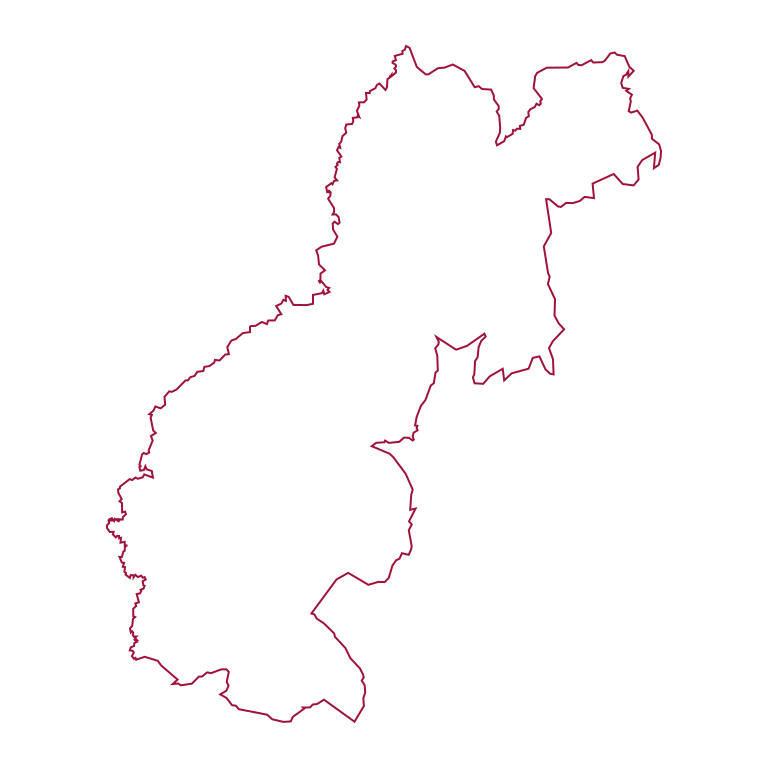 Birim North, Eastern, Ghana (Robinson projection)
{"feature_id": "2480657B81401264659986", "entity_name": "Birim North", "entity_type": "district", "adm_level": 2, "iso_a3": "GHA", "parent_name": "Ghana", "parent_adm1": "Eastern", "projection": "robinson", "projection_center": [-0.982, 6.368], "detail": "fine", "context": "isolated", "style": "outline", "palette": "rose", "viewbox_px": 768, "rotation_deg": 0, "n_neighbors": 0, "source": "geoboundaries", "source_scale": "gbopen_adm2", "svg_char_len": 6056}
<svg xmlns="http://www.w3.org/2000/svg" viewBox="0 0 768 768"><path d="M136.1,659.7L144.7,656.8L157.8,660.8L161.2,665.5L177.6,679.6L172.7,684.0L178.1,683.5L180.7,685.3L191.8,683.7L198.9,676.6L201.9,676.6L207.1,672.4L211.2,673.1L221.4,669.3L226.4,669.3L228.8,671.9L226.7,681.9L228.6,685.5L226.3,690.8L220.2,694.4L226.6,698.0L232.0,705.2L235.9,705.7L238.8,709.2L267.1,714.7L272.3,719.3L283.5,721.9L290.8,721.4L292.8,716.9L304.2,708.6L303.0,707.5L310.1,707.4L312.8,704.5L316.9,704.1L324.0,699.7L354.5,721.7L363.9,706.0L363.3,698.3L365.2,692.6L364.7,685.3L361.7,680.6L363.8,677.3L363.0,674.4L359.9,668.4L350.3,658.1L345.4,648.0L335.0,636.9L334.2,633.4L323.6,623.1L316.8,618.7L314.4,614.4L311.4,613.5L336.6,579.4L348.2,572.9L368.4,584.8L378.3,581.9L384.7,582.1L388.8,577.8L392.5,565.4L396.2,560.2L399.5,558.7L401.9,553.2L408.7,554.8L411.0,549.6L411.7,546.3L408.8,530.2L411.8,524.4L409.0,521.4L415.6,508.5L410.2,509.8L411.2,495.1L412.7,489.6L405.7,473.8L393.3,457.2L389.6,453.7L371.7,446.2L376.1,442.8L384.4,442.3L385.1,440.6L389.0,442.9L399.3,441.8L404.0,437.6L408.9,437.8L412.6,440.5L413.8,439.6L412.7,436.5L413.6,432.7L417.6,430.2L416.6,428.2L417.4,425.8L415.1,425.5L416.6,417.1L420.9,405.9L425.5,399.9L430.8,385.5L433.8,383.2L435.5,372.6L437.8,370.5L437.3,355.7L435.2,348.3L438.3,344.6L438.8,341.8L436.4,336.9L456.1,349.7L467.0,345.9L484.4,333.7L485.6,336.7L481.2,341.0L478.6,347.3L477.6,357.2L475.1,361.1L474.3,374.4L472.9,377.4L474.6,383.3L483.2,383.8L489.8,376.3L502.7,368.8L504.2,380.4L511.7,373.3L528.6,368.7L532.8,357.9L539.4,356.4L545.5,369.4L550.4,373.9L553.6,374.4L553.0,359.3L549.0,348.0L552.8,341.3L564.1,329.3L558.8,323.5L554.5,315.6L555.0,299.1L547.9,284.1L549.7,276.7L548.1,273.3L543.8,246.4L551.2,233.0L546.1,199.2L549.3,199.2L558.1,206.5L561.0,206.9L566.1,202.9L572.7,203.1L579.8,201.0L584.6,196.9L594.0,198.1L592.6,183.6L613.7,174.0L622.7,184.0L633.6,185.4L638.6,179.5L637.6,166.8L642.2,160.1L655.2,152.6L653.9,168.2L658.8,164.9L660.6,157.6L661.0,151.0L659.2,144.4L652.0,138.8L651.8,134.6L642.5,117.4L637.3,110.6L631.2,112.6L628.7,111.2L630.8,101.4L630.1,98.5L631.9,94.7L626.2,90.8L628.8,88.9L622.7,87.8L621.2,83.1L623.4,76.1L626.2,74.6L628.3,71.1L628.4,76.6L633.7,70.8L629.3,66.8L624.7,56.1L617.1,54.8L614.6,52.5L610.3,53.5L604.6,61.0L602.1,62.2L593.2,62.5L591.2,60.1L581.7,65.2L578.4,65.0L576.5,62.9L568.0,67.5L546.7,67.7L537.2,72.8L535.2,76.1L533.6,88.1L542.0,99.0L540.2,101.1L540.8,103.7L539.3,105.2L536.5,103.7L534.8,107.0L530.4,109.2L528.3,112.0L528.8,116.2L526.0,117.9L523.8,124.7L519.9,125.9L520.2,128.9L517.0,128.7L515.2,130.7L513.1,130.0L512.6,133.9L506.8,137.2L505.9,136.4L504.2,141.2L497.0,145.3L495.9,141.6L499.9,132.6L500.2,128.0L499.2,115.8L496.7,111.5L498.7,109.2L498.7,106.1L493.9,99.5L493.8,95.5L491.1,89.6L482.0,89.0L478.7,86.2L474.7,87.2L464.6,70.9L452.8,64.5L444.6,67.6L437.9,68.2L428.5,74.3L425.6,74.3L416.8,66.9L409.5,47.7L406.0,46.1L404.9,49.6L402.3,51.1L402.6,53.8L394.8,55.9L395.9,60.2L392.7,61.5L392.5,62.8L395.7,64.7L396.1,66.4L394.4,68.5L396.0,70.2L395.9,72.6L391.4,76.3L391.5,74.8L390.3,76.5L389.8,75.2L390.1,77.2L387.5,79.1L386.9,87.5L385.4,89.9L379.5,83.5L376.8,85.0L375.4,88.2L369.9,91.1L369.7,93.1L366.0,92.9L366.6,99.5L364.1,102.3L358.9,102.4L359.4,105.8L356.9,110.8L359.2,116.9L357.7,115.9L357.4,117.3L352.8,117.9L353.3,121.3L352.0,124.0L346.3,124.5L345.2,128.3L346.3,132.7L342.5,136.1L341.1,141.9L339.2,143.8L340.2,147.8L338.6,147.0L337.0,150.3L341.4,156.4L339.3,158.0L340.0,162.3L338.1,162.0L336.9,163.6L337.7,164.9L335.5,166.9L336.9,168.9L334.6,177.4L337.1,180.4L334.1,180.8L332.5,184.3L331.4,183.2L326.1,187.0L327.2,192.0L329.0,190.7L330.0,191.7L328.9,192.3L330.6,192.8L330.3,195.8L328.1,198.7L334.0,208.0L334.1,211.9L332.6,214.5L336.0,214.4L338.6,217.1L339.6,222.6L338.0,224.1L334.5,221.7L332.7,223.6L333.1,229.6L337.4,236.7L334.0,243.6L321.4,246.8L316.2,250.4L318.1,255.5L319.0,264.5L325.0,270.3L320.5,273.6L320.4,280.0L318.9,281.0L320.0,282.6L321.4,281.2L326.2,287.0L329.1,287.9L327.5,289.9L329.5,291.9L324.3,294.3L323.3,290.6L321.9,293.2L313.0,294.9L313.0,303.8L306.4,305.1L293.4,304.9L288.7,296.9L285.6,295.8L285.9,300.9L283.3,299.8L281.4,303.5L276.2,306.0L281.3,314.2L277.8,315.2L274.8,320.4L268.3,320.5L266.9,324.1L261.9,322.0L255.4,325.9L251.2,326.0L250.0,326.7L250.0,332.1L242.8,333.1L235.8,339.0L231.3,340.6L227.3,347.1L228.9,354.2L225.3,354.5L219.5,360.5L215.0,359.9L214.2,362.6L209.5,366.0L204.4,366.9L203.3,371.0L197.3,371.8L194.6,375.9L190.1,377.3L188.0,380.4L185.5,380.4L176.6,389.5L172.0,391.8L169.2,391.4L164.5,396.9L165.2,404.6L160.7,408.3L155.4,406.5L153.4,410.7L149.3,414.2L151.9,414.9L150.6,417.6L153.2,430.5L155.8,433.0L150.9,436.0L152.7,440.4L148.7,450.3L149.1,452.6L146.3,454.1L143.7,453.0L142.1,454.4L139.4,464.7L140.6,466.2L139.4,467.0L140.2,470.7L143.9,470.0L145.4,466.2L146.7,469.4L151.8,471.0L152.9,477.6L144.3,474.4L142.7,477.3L137.9,478.8L135.5,477.5L132.2,480.1L129.7,479.1L120.0,486.6L119.9,488.4L118.0,489.4L118.4,492.9L121.7,499.1L119.5,501.2L122.0,503.0L122.1,512.4L125.1,511.6L125.9,514.2L122.9,517.1L122.6,519.6L118.4,519.2L119.4,520.4L118.6,521.3L114.9,518.9L114.1,521.1L111.9,518.2L109.7,519.2L111.4,520.5L108.6,520.6L109.1,523.1L107.0,525.3L107.0,528.0L109.8,532.0L113.6,531.8L112.9,534.4L115.8,537.4L117.3,535.8L119.1,536.0L119.1,538.3L121.0,537.8L120.5,542.7L124.7,541.8L124.8,545.7L127.3,545.2L124.9,547.0L124.7,550.9L123.4,551.5L121.8,557.1L119.5,556.9L121.8,562.5L124.1,562.8L122.8,566.8L125.0,567.1L124.4,571.7L126.1,573.1L125.5,574.6L129.9,577.9L130.7,575.1L133.7,575.3L133.6,577.2L135.3,574.8L137.9,577.1L141.1,575.6L142.8,577.7L144.6,577.1L145.7,579.5L142.6,581.2L143.3,585.1L144.6,585.8L143.5,588.7L140.6,589.7L141.3,591.1L139.9,593.4L136.7,594.0L138.9,602.3L135.3,603.4L136.2,606.0L133.2,608.7L133.3,616.2L135.1,617.1L133.0,618.8L132.2,625.9L130.0,628.3L130.8,632.5L132.0,631.2L133.3,632.6L132.8,635.0L133.7,636.6L136.3,636.5L134.9,637.9L137.0,640.1L135.1,640.2L136.9,641.8L134.4,643.0L134.0,646.0L130.8,647.3L129.8,650.4L132.7,650.8L133.8,652.5L131.9,656.1L134.0,658.8L135.5,657.9L136.1,659.7Z" fill="none" stroke="#9f1239" stroke-width="2"/></svg>